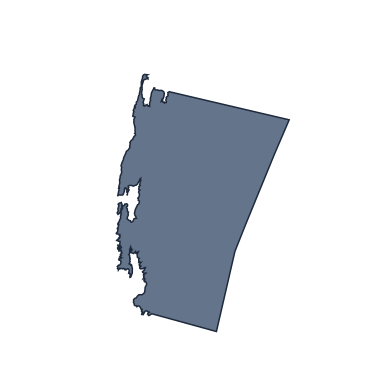 East Kwaio, Malaita, Solomon Islands (Equal Earth projection), rotated 227°
{"feature_id": "97153195B50400826200425", "entity_name": "East Kwaio", "entity_type": "district", "adm_level": 2, "iso_a3": "SLB", "parent_name": "Solomon Islands", "parent_adm1": "Malaita", "projection": "equal_earth", "projection_center": [161.056, -8.944], "detail": "fine", "context": "isolated", "style": "filled", "palette": "slate", "viewbox_px": 384, "rotation_deg": 227, "n_neighbors": 0, "source": "geoboundaries", "source_scale": "gbopen_adm2", "svg_char_len": 6046}
<svg xmlns="http://www.w3.org/2000/svg" viewBox="0 0 384 384"><g transform="rotate(227 192 192)"><path d="M73.3,114.7L119.3,182.9L131.6,208.9L163.5,278.2L178.5,312.3L280.8,243.8L281.2,242.2L280.5,241.9L279.9,240.9L278.9,240.3L278.6,239.5L278.9,238.7L278.7,237.6L277.9,237.3L277.7,236.4L277.0,235.5L276.3,235.6L276.2,235.9L276.1,235.3L275.0,234.2L275.8,233.4L275.8,232.7L276.9,232.9L277.1,232.1L278.3,231.9L278.5,232.5L279.4,233.4L279.5,231.9L280.4,233.8L280.1,234.9L281.0,236.6L282.9,238.9L284.4,239.7L286.4,239.4L287.2,239.0L289.1,236.7L289.8,236.7L291.7,234.8L292.4,234.8L293.5,235.7L294.1,235.3L292.1,229.9L289.9,227.2L288.6,225.0L287.1,224.1L287.0,223.4L285.7,221.4L283.5,219.4L284.5,219.1L284.4,218.8L285.0,218.4L286.6,218.8L286.8,217.4L287.1,217.4L287.2,215.7L288.4,215.4L289.0,216.7L290.9,217.4L292.7,220.6L294.1,220.0L295.1,220.1L297.5,222.0L298.2,222.2L299.5,223.4L300.7,225.2L303.9,228.0L305.6,230.9L306.0,231.0L305.9,231.6L306.6,232.3L306.8,233.4L305.4,236.7L304.7,236.9L305.7,237.9L307.5,237.3L308.3,238.5L308.0,239.5L310.4,237.5L310.7,236.2L310.3,234.8L309.1,233.5L307.1,230.0L303.6,226.7L303.3,225.9L303.6,225.6L303.2,224.8L302.1,223.9L299.8,220.5L299.0,220.1L298.8,218.7L295.8,214.2L295.6,212.4L294.1,211.0L294.4,209.7L294.1,208.8L293.4,207.9L293.2,208.7L292.6,208.4L292.2,207.4L292.3,206.0L291.6,204.5L290.3,204.4L289.7,202.7L289.0,202.3L288.0,200.4L287.2,200.5L285.7,201.5L284.5,198.6L283.7,198.2L282.6,196.9L278.8,194.7L278.3,194.8L278.0,194.1L277.1,193.7L276.0,192.3L274.3,191.2L273.9,190.0L273.4,190.2L272.5,189.9L272.0,189.0L272.2,187.4L271.7,186.7L271.6,185.7L271.0,184.6L271.1,182.5L270.8,180.9L270.4,180.1L269.6,180.0L267.8,177.4L266.9,176.9L266.2,173.3L266.5,172.2L266.2,171.0L265.7,170.4L263.7,165.5L262.2,163.4L261.5,161.4L259.8,158.3L259.1,157.7L258.0,157.4L256.4,155.3L255.2,154.8L253.6,152.9L252.9,150.8L250.9,148.4L250.5,147.4L247.9,145.4L245.7,142.0L244.8,142.1L244.5,141.5L244.9,141.2L244.8,140.8L244.1,141.0L239.6,134.7L240.2,136.5L239.0,137.1L237.3,138.9L237.0,139.8L239.1,143.8L240.3,144.5L240.6,145.9L240.2,146.3L239.6,145.9L238.9,146.2L237.9,145.6L237.0,145.6L236.6,144.2L235.3,144.2L236.4,147.3L237.1,147.6L237.7,147.4L238.2,147.7L238.5,148.9L239.5,149.0L239.8,149.4L239.5,150.7L237.6,152.6L236.3,153.0L235.6,155.1L235.1,155.7L235.0,158.0L235.5,158.7L236.3,161.8L237.1,162.8L237.0,163.7L236.2,162.4L235.4,162.6L234.8,161.0L233.5,159.6L233.0,158.7L232.0,158.5L232.3,157.0L231.6,156.7L230.7,155.2L229.9,154.7L228.9,155.2L228.9,153.9L228.4,152.9L226.3,152.1L225.2,150.9L224.5,149.5L224.5,148.2L223.6,148.2L222.6,147.0L221.1,147.3L220.7,146.8L219.6,145.1L219.5,144.3L219.8,143.6L217.9,138.7L215.7,135.4L213.5,134.2L212.6,134.3L211.6,133.6L210.7,133.4L212.0,131.4L210.9,128.9L211.0,127.5L211.6,126.8L213.0,127.4L214.0,126.6L216.7,126.3L217.8,127.8L218.5,129.6L220.2,130.9L220.6,131.8L221.9,131.6L223.8,133.2L225.2,133.3L225.7,134.2L225.6,135.0L226.5,136.2L227.9,136.3L229.0,134.4L228.3,133.4L228.9,131.9L228.1,130.5L227.2,129.8L226.7,127.6L224.9,125.4L224.1,125.3L224.1,124.8L222.8,122.9L221.6,122.1L220.7,119.5L220.0,118.9L220.0,117.5L219.5,116.9L219.3,115.9L218.9,115.7L218.7,116.5L218.3,116.4L216.2,113.4L216.5,113.0L216.3,112.6L215.9,113.1L214.0,110.8L213.5,109.7L213.6,109.0L213.4,108.4L212.8,108.3L211.0,109.7L209.7,109.2L209.7,109.9L208.5,108.9L208.4,107.9L208.1,108.4L207.9,108.1L207.6,105.6L208.1,105.0L207.9,103.9L207.0,104.6L206.3,104.5L205.0,105.7L202.9,103.4L202.1,102.8L201.9,103.0L201.1,101.7L200.2,102.8L199.7,102.7L199.3,101.0L199.5,100.4L200.8,100.4L201.3,101.8L201.5,100.3L202.0,99.7L201.8,99.3L200.6,98.8L199.9,99.1L198.6,98.3L198.1,99.8L197.5,100.4L197.0,99.6L195.7,98.9L195.6,99.3L195.3,98.9L195.3,98.4L195.0,98.5L195.1,96.9L194.1,96.3L194.0,95.6L193.6,96.3L193.3,95.0L193.1,94.6L193.2,95.7L192.6,95.4L192.8,94.3L192.0,95.0L192.6,93.3L192.5,92.3L191.7,92.2L190.6,93.1L188.8,92.0L188.0,90.1L187.9,89.1L188.6,88.4L188.5,86.6L187.7,86.7L186.9,85.3L186.1,85.5L185.2,84.9L185.6,86.2L185.5,86.8L185.0,86.7L184.6,87.5L184.6,87.9L185.0,87.8L182.8,89.1L182.9,89.5L182.4,90.0L181.5,90.4L181.0,89.9L180.1,90.5L179.9,92.5L179.0,93.1L177.7,92.9L175.7,90.2L175.2,90.9L174.5,90.9L173.9,90.4L173.4,90.6L172.6,89.0L172.1,89.1L172.1,88.5L171.8,88.4L171.6,89.0L172.1,90.5L172.8,90.9L172.7,91.4L173.1,91.7L173.1,92.5L173.6,93.2L176.7,96.2L180.0,98.1L180.3,98.1L180.4,97.2L181.5,97.7L182.4,97.0L183.3,99.4L184.6,99.9L184.9,100.8L185.6,101.0L185.8,101.7L186.6,101.8L188.3,103.2L189.3,103.0L189.6,104.3L191.7,106.7L192.2,106.8L193.6,109.6L192.8,109.1L192.1,109.3L191.4,107.7L190.9,107.7L190.5,108.5L189.9,106.5L189.4,106.0L186.8,107.3L187.0,110.1L185.6,109.1L185.2,109.3L185.3,111.0L184.9,112.0L184.0,109.5L181.4,107.5L179.4,108.2L179.3,107.4L177.7,105.8L177.2,105.9L176.8,105.1L176.2,106.1L175.7,105.8L175.3,106.5L175.1,104.1L174.4,103.6L173.9,104.8L174.0,103.9L173.6,103.4L173.1,104.2L172.7,104.2L172.4,102.3L171.9,101.8L170.6,102.1L169.4,104.0L169.1,105.6L168.5,106.4L167.9,105.0L167.8,104.3L167.3,103.6L167.5,101.6L167.1,101.6L166.8,101.1L165.6,101.6L165.2,101.4L164.1,102.9L164.0,102.3L164.8,100.7L164.6,100.0L163.6,99.9L163.6,99.3L162.4,98.7L161.9,97.3L161.6,98.4L161.3,98.5L159.7,97.4L159.7,97.0L160.2,96.7L159.8,96.3L158.4,96.2L158.0,96.9L157.3,96.9L155.6,96.1L155.0,95.0L154.3,92.8L151.6,89.8L150.7,88.0L150.9,85.5L153.1,83.1L153.1,81.1L152.6,79.1L153.2,77.6L153.2,76.0L151.0,73.8L150.2,73.8L148.6,72.7L148.0,72.7L146.5,73.8L145.7,73.5L145.7,74.6L144.7,75.5L143.0,75.6L140.8,74.8L141.0,75.2L140.1,75.5L139.5,74.1L139.0,73.6L138.3,74.0L136.8,71.7L135.6,72.6L135.9,73.2L136.6,73.1L136.8,74.3L136.1,74.3L136.7,76.2L136.3,77.6L133.2,78.8L133.6,77.5L132.9,76.2L131.0,76.2L130.3,79.6L73.3,114.7ZM233.6,130.0L233.1,129.4L232.2,129.6L230.1,126.2L228.5,125.2L227.8,123.0L226.1,122.6L225.9,123.9L226.2,125.9L227.0,127.5L228.2,128.9L228.3,130.2L230.1,131.5L230.3,132.2L232.6,133.1L233.6,130.6L233.6,130.0ZM203.7,101.7L203.3,101.1L202.2,101.1L201.8,101.4L201.6,102.3L202.5,102.3L203.7,101.7ZM234.5,143.3L234.5,142.9L233.9,142.1L234.1,143.0L234.5,143.3Z" fill="#64748b" stroke="#1e293b" stroke-width="1.5"/></g></svg>